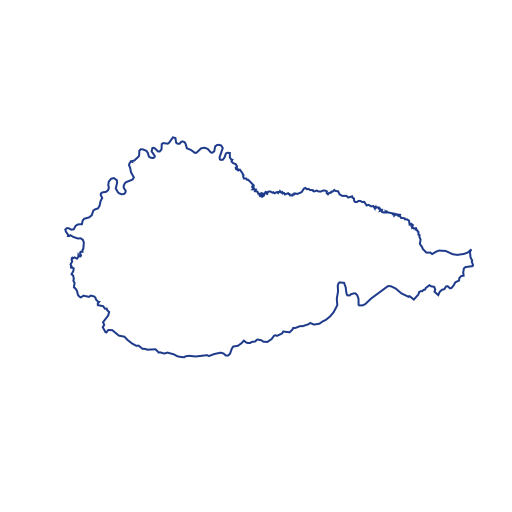 the district of Valencia, Córdoba, Colombia, rotated 227°
{"feature_id": "7082276B67113151062555", "entity_name": "Valencia", "entity_type": "district", "adm_level": 2, "iso_a3": "COL", "parent_name": "Colombia", "parent_adm1": "Córdoba", "projection": "orthographic", "projection_center": [-76.176, 8.204], "detail": "fine", "context": "isolated", "style": "outline", "palette": "blue", "viewbox_px": 512, "rotation_deg": 227, "n_neighbors": 0, "source": "geoboundaries", "source_scale": "gbopen_adm2", "svg_char_len": 6154}
<svg xmlns="http://www.w3.org/2000/svg" viewBox="0 0 512 512"><g transform="rotate(227 256 256)"><path d="M122.1,339.7L122.2,340.6L121.6,341.0L116.5,341.7L117.1,348.5L118.4,350.9L117.8,352.7L116.9,353.5L117.0,355.4L116.1,356.7L116.8,358.2L116.4,362.9L114.4,363.4L111.9,365.3L109.2,364.2L108.2,362.2L103.1,362.6L104.5,365.9L104.5,368.9L103.3,371.2L104.1,374.2L103.2,375.6L100.1,375.8L99.3,377.1L99.6,380.1L100.8,383.9L99.6,387.8L101.1,389.5L101.3,391.0L101.3,392.5L100.0,394.4L102.7,396.4L105.1,399.5L105.0,401.7L100.9,407.5L101.3,408.5L104.8,410.0L105.2,411.0L108.6,411.9L113.1,415.3L114.0,418.0L114.1,413.3L115.7,409.5L119.5,404.0L123.1,401.1L130.4,398.1L135.1,393.6L136.3,390.8L137.3,386.1L139.6,385.8L142.3,382.9L147.4,382.8L149.4,383.6L153.1,384.1L155.7,387.5L158.6,388.6L159.8,389.9L160.9,389.4L162.6,391.1L163.6,390.9L164.4,391.5L166.0,390.9L166.0,391.5L167.3,392.0L168.4,390.2L169.6,390.2L169.9,389.4L170.9,390.4L171.4,390.3L171.2,389.9L172.0,390.1L171.7,391.8L173.8,391.5L174.3,389.8L177.5,392.0L180.0,391.3L181.2,390.0L182.2,390.4L185.1,388.0L186.6,388.5L187.4,388.2L187.9,389.4L189.6,388.0L189.0,387.3L191.2,387.0L191.2,384.7L192.6,385.8L193.1,384.9L193.4,385.4L197.8,382.3L199.4,382.0L199.3,381.3L199.9,381.2L199.4,380.9L200.1,380.6L199.8,380.0L201.2,378.6L202.5,378.8L202.7,378.3L203.8,378.8L204.1,378.2L204.2,379.3L204.9,378.6L206.1,378.9L206.1,378.1L207.4,378.2L207.8,378.8L209.3,377.5L209.4,376.6L210.2,377.0L210.0,376.3L210.7,376.1L210.1,375.4L212.5,375.9L213.7,374.1L216.7,373.2L217.5,371.4L221.8,372.1L223.0,370.5L225.0,369.9L226.3,368.6L226.7,366.5L228.0,365.3L229.4,365.4L231.4,366.9L232.8,366.3L234.0,367.0L235.9,363.3L238.4,363.1L241.2,360.0L244.1,359.2L247.3,360.2L249.5,358.4L250.9,358.3L250.8,355.9L251.7,355.1L251.2,353.8L252.3,352.6L252.0,350.7L253.9,350.6L254.9,351.9L256.1,351.5L257.9,350.1L259.1,347.1L260.8,345.6L262.5,345.0L263.6,342.5L264.4,342.1L265.4,342.5L267.4,340.5L269.2,340.2L270.2,338.7L272.1,338.6L272.6,337.0L271.6,332.9L273.2,328.5L274.7,327.6L274.8,326.7L275.6,326.6L275.2,325.5L276.1,324.7L275.4,323.9L277.2,322.2L278.5,322.8L279.1,322.1L280.0,322.3L281.4,319.0L282.9,319.5L283.7,319.0L283.7,318.3L285.0,318.7L285.1,317.7L287.1,317.8L286.8,316.7L287.7,315.9L287.1,315.1L288.6,314.6L289.3,312.2L290.8,312.2L291.0,311.3L293.7,310.3L294.8,308.6L293.8,306.5L294.3,306.3L295.2,307.3L296.3,306.7L295.6,304.5L297.2,303.5L294.8,303.0L294.8,302.4L295.1,301.1L296.2,301.9L297.1,301.7L296.5,300.3L296.9,299.8L297.8,299.9L298.6,301.7L299.9,300.1L302.1,301.0L304.0,299.5L304.7,301.2L306.8,299.2L306.7,300.3L308.5,300.0L309.5,300.7L309.5,301.2L308.2,301.4L309.2,302.5L317.1,302.3L317.8,301.4L319.3,301.7L320.9,300.0L322.6,300.6L323.6,302.0L324.5,301.8L325.4,302.5L330.8,303.2L329.5,302.4L330.2,302.5L330.7,301.3L332.7,300.9L332.6,301.4L333.5,300.8L334.4,301.4L333.8,302.3L334.5,303.3L337.2,303.8L339.2,302.7L341.5,302.5L342.1,302.8L342.5,304.3L343.7,303.7L345.9,304.1L349.2,307.1L351.0,305.5L351.5,303.9L349.6,300.3L349.0,297.6L350.0,296.0L351.3,295.5L353.0,296.6L357.6,305.3L360.5,305.9L362.5,304.8L363.7,303.3L364.0,300.9L361.1,296.9L361.3,294.5L362.6,293.6L367.2,293.7L370.2,292.3L372.2,289.2L372.1,283.2L372.9,281.7L377.7,280.8L382.0,278.9L386.0,281.0L388.0,281.4L390.0,280.3L390.5,279.0L390.2,276.7L391.6,275.2L393.4,274.9L397.2,277.5L399.4,276.2L398.1,269.7L398.3,268.1L401.9,265.1L402.1,263.4L398.5,259.7L398.1,256.9L399.3,255.6L403.5,255.5L405.1,254.8L405.6,253.8L403.7,251.0L398.3,250.2L397.5,249.3L397.7,247.7L399.7,246.0L401.8,245.5L405.0,247.1L407.6,247.6L411.3,245.9L412.7,244.4L412.5,242.4L409.3,239.2L408.8,237.8L408.8,232.1L410.4,229.4L409.8,229.3L410.4,228.9L410.0,226.6L409.1,225.1L406.1,224.0L402.8,221.8L396.7,220.2L396.1,217.8L398.7,211.1L398.5,209.3L397.7,207.3L396.2,205.8L392.4,205.1L391.4,203.6L391.4,201.7L392.5,200.1L395.0,198.7L396.9,198.5L400.9,199.4L404.4,204.5L406.4,205.9L409.9,205.2L411.3,202.7L410.8,199.0L408.7,196.4L406.2,194.9L405.0,192.8L405.2,190.0L407.2,187.2L407.5,185.2L406.5,184.0L403.3,183.1L402.2,179.9L399.3,175.6L398.6,172.7L399.8,170.3L400.2,168.1L397.8,163.6L398.1,160.1L400.4,155.8L400.1,153.4L398.0,150.4L400.4,147.5L400.9,145.9L401.0,144.3L399.8,140.9L401.2,138.9L403.9,138.0L405.3,136.8L405.4,134.6L403.6,133.6L399.5,133.0L398.9,132.1L398.1,132.7L397.8,134.4L394.5,135.4L390.2,137.7L388.6,139.8L385.8,140.4L383.3,139.3L379.0,134.6L378.9,133.4L377.4,132.0L378.7,130.6L378.1,129.2L375.7,128.4L375.4,127.4L376.3,126.5L377.8,126.8L376.5,125.3L376.2,123.2L378.7,122.4L379.1,120.5L380.0,120.6L380.1,120.0L379.0,118.5L377.3,117.8L376.4,114.7L374.5,114.1L374.4,113.3L373.5,112.8L372.9,113.8L371.2,114.2L369.5,112.0L368.5,108.7L366.3,108.9L363.6,107.2L362.5,105.6L360.1,105.0L357.2,101.4L355.7,101.8L352.6,101.3L349.1,99.3L346.9,99.1L345.2,99.6L344.6,102.8L340.0,106.0L339.7,108.2L336.6,110.1L334.9,110.1L333.3,109.3L330.3,109.3L329.4,109.9L329.2,107.9L327.9,106.8L323.6,110.0L320.5,109.6L319.3,110.9L318.1,110.2L315.2,110.4L313.3,107.3L311.9,99.0L309.1,98.0L308.5,95.4L303.1,94.0L302.2,94.3L302.6,97.5L299.8,100.3L291.3,101.4L286.8,104.7L282.0,104.8L276.5,105.7L272.0,107.2L270.5,109.0L265.5,109.7L263.6,111.6L261.6,112.6L256.3,118.9L251.7,119.0L250.9,120.2L247.2,122.4L245.8,125.3L240.0,128.9L236.5,130.0L234.3,131.5L231.0,134.3L230.7,136.0L228.7,138.9L223.6,143.4L216.9,152.5L214.9,153.4L212.8,158.6L209.4,164.2L206.8,165.8L204.0,166.0L202.3,167.5L202.2,170.2L204.8,175.3L205.3,177.6L202.6,181.7L202.1,186.2L202.4,189.4L199.3,189.9L197.9,190.7L196.4,192.3L196.1,194.2L194.0,197.2L194.2,199.4L193.6,200.4L190.8,202.4L188.2,203.0L185.4,205.7L184.6,210.7L185.4,214.8L184.8,216.1L183.3,216.9L182.0,220.8L181.6,222.4L182.2,224.4L177.3,228.5L177.4,232.7L178.0,234.2L176.6,235.5L174.6,240.5L172.9,242.2L170.4,247.6L170.0,250.0L166.3,251.6L163.2,256.3L162.8,259.6L161.6,263.8L161.3,269.0L161.9,274.2L163.8,279.8L164.7,282.0L169.7,286.0L174.1,291.8L178.6,295.6L179.7,297.7L179.7,299.1L176.3,302.1L171.9,300.2L167.2,296.8L164.9,296.0L163.2,297.7L163.3,299.3L161.9,302.1L160.8,303.2L158.3,303.3L154.8,301.8L150.3,297.7L149.5,297.8L147.1,300.4L146.3,303.2L146.4,311.1L144.0,331.9L142.0,334.0L136.8,336.0L129.7,336.8L122.1,339.7Z" fill="none" stroke="#1e3a8a" stroke-width="2"/></g></svg>